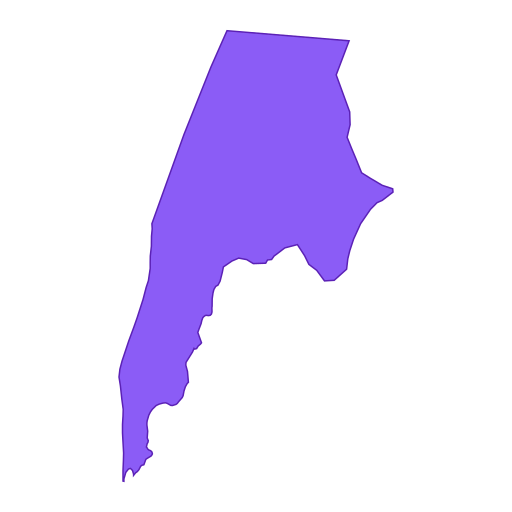 Keur Macene, Trarza, Mauritania (Mercator projection)
{"feature_id": "47542326B95460333313215", "entity_name": "Keur Macene", "entity_type": "district", "adm_level": 2, "iso_a3": "MRT", "parent_name": "Mauritania", "parent_adm1": "Trarza", "projection": "mercator", "projection_center": [-16.333, 16.533], "detail": "fine", "context": "isolated", "style": "filled", "palette": "violet", "viewbox_px": 512, "rotation_deg": 0, "n_neighbors": 0, "source": "geoboundaries", "source_scale": "gbopen_adm2", "svg_char_len": 2156}
<svg xmlns="http://www.w3.org/2000/svg" viewBox="0 0 512 512"><path d="M392.7,188.8L382.2,185.3L370.2,178.2L361.6,172.8L356.2,159.4L351.7,148.7L347.1,137.3L350.1,124.7L349.7,111.9L336.2,74.9L349.1,40.8L227.0,30.7L210.9,67.1L184.0,134.4L151.9,223.7L152.2,228.8L151.5,236.3L151.4,246.2L150.3,256.0L150.2,262.5L150.2,268.5L148.4,280.7L146.2,287.3L143.0,299.6L137.1,317.9L133.8,327.3L128.8,340.8L122.0,361.2L119.9,369.2L119.0,377.0L120.4,385.8L121.8,398.9L123.2,409.4L123.0,416.2L122.5,424.5L122.5,432.9L122.9,440.3L123.6,453.1L123.4,460.9L123.0,470.5L123.0,474.7L123.0,481.1L123.9,481.3L123.9,478.9L124.7,476.2L125.8,472.4L128.4,469.1L130.3,468.4L131.6,469.5L132.6,470.7L133.1,472.6L133.5,473.8L133.6,474.9L133.6,475.3L135.6,472.8L137.3,471.6L138.9,469.7L140.7,466.2L142.2,465.1L143.2,465.0L143.9,464.7L144.5,463.0L145.2,461.1L145.8,459.4L146.7,458.7L148.8,457.4L151.0,456.1L151.8,455.1L152.4,453.9L152.0,452.2L151.5,451.4L150.2,450.5L148.7,449.9L147.8,449.1L147.0,447.7L146.4,447.0L146.8,445.3L147.1,443.9L148.0,442.2L148.1,441.3L148.3,440.8L147.6,439.0L147.2,437.9L147.7,431.2L146.9,425.0L146.9,422.9L147.2,420.7L148.8,415.2L150.4,412.0L152.4,409.2L156.2,405.5L159.2,404.1L162.9,403.1L165.5,402.8L167.3,403.4L170.8,405.4L172.5,405.5L176.0,404.4L177.3,403.4L178.6,401.7L182.2,397.6L183.1,395.7L184.0,391.0L185.4,386.7L187.2,383.5L188.4,382.3L187.5,371.5L185.8,365.1L186.0,362.4L192.5,352.0L194.0,348.5L194.4,349.1L195.1,349.0L196.6,348.6L197.6,347.0L198.2,346.0L200.5,344.1L201.5,342.8L197.8,332.4L199.3,328.3L201.1,323.6L201.8,320.5L202.8,317.7L203.8,316.6L205.1,315.6L206.2,315.3L208.4,315.6L210.2,315.3L211.4,314.1L211.9,312.4L212.0,311.5L211.9,307.9L212.1,306.2L212.2,298.7L213.0,293.0L213.9,289.5L215.7,286.4L218.0,285.1L220.1,281.1L222.3,272.4L223.4,266.9L232.0,261.0L238.7,258.1L246.7,259.6L253.3,263.6L265.7,263.2L267.5,260.0L271.6,259.5L274.1,256.0L276.7,254.1L284.8,247.9L297.4,244.6L304.6,255.7L308.9,264.4L316.7,270.3L324.5,280.9L334.2,280.3L346.6,269.2L347.8,258.8L349.8,250.6L353.6,239.1L360.6,223.7L370.5,209.3L377.0,202.7L382.2,200.4L385.1,198.2L388.8,195.3L393.0,192.1L392.7,188.8Z" fill="#8b5cf6" stroke="#5b21b6" stroke-width="1.5"/></svg>